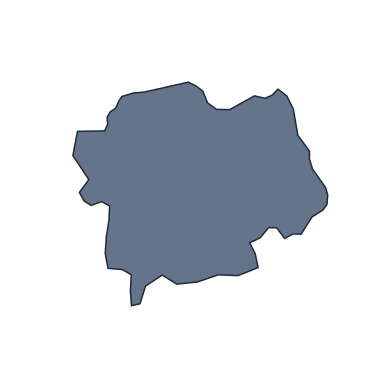 map outline of Orhei (orthographic projection), rotated 23°
{"feature_id": "MDA-1643", "entity_name": "Orhei", "entity_type": "District", "adm_level": 1, "iso_a3": "MDA", "parent_name": "Moldova", "parent_adm1": "", "projection": "orthographic", "projection_center": [28.834, 47.401], "detail": "fine", "context": "isolated", "style": "filled", "palette": "slate", "viewbox_px": 384, "rotation_deg": 23, "n_neighbors": 0, "source": "natural_earth", "source_scale": "10m", "svg_char_len": 927}
<svg xmlns="http://www.w3.org/2000/svg" viewBox="0 0 384 384"><g transform="rotate(23 192 192)"><path d="M282.4,235.7L267.0,251.0L248.5,258.0L231.9,272.9L213.9,282.8L197.0,280.1L186.0,296.8L187.8,315.2L180.7,320.3L173.9,307.0L168.5,292.0L158.2,290.6L144.5,295.1L136.1,282.4L130.5,266.3L126.7,250.7L121.6,237.0L112.4,236.2L104.4,243.8L96.3,242.5L88.5,236.4L92.2,220.9L68.1,205.0L62.9,180.9L87.7,169.9L87.9,162.5L84.7,156.5L85.3,150.4L89.0,144.6L89.0,138.0L90.1,131.5L99.0,124.0L108.9,118.7L145.6,92.4L154.2,92.8L162.6,95.0L171.4,103.8L182.2,106.4L194.5,101.4L211.9,79.1L222.6,77.2L228.0,71.4L231.0,63.7L241.9,66.7L252.9,76.1L267.3,98.5L284.3,108.6L287.1,115.6L293.9,123.7L294.1,123.8L313.3,135.8L318.1,141.7L320.0,147.4L321.1,150.9L319.6,157.3L312.2,168.2L308.9,188.2L301.5,191.0L295.4,198.6L284.0,191.9L276.5,194.8L272.6,207.6L264.9,216.2L274.3,224.1L282.4,235.7Z" fill="#64748b" stroke="#1e293b" stroke-width="1.5"/></g></svg>